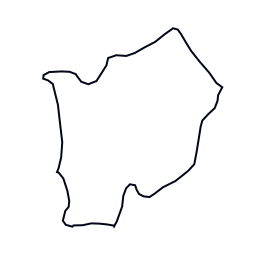 Konče, Robinson projection, rotated 96°
{"feature_id": "MKD-2932", "entity_name": "Konče", "entity_type": "Statistical Region", "adm_level": 1, "iso_a3": "MKD", "parent_name": "North Macedonia", "parent_adm1": "", "projection": "robinson", "projection_center": [22.386, 41.511], "detail": "fine", "context": "isolated", "style": "outline", "palette": "ink", "viewbox_px": 256, "rotation_deg": 96, "n_neighbors": 0, "source": "natural_earth", "source_scale": "10m", "svg_char_len": 1052}
<svg xmlns="http://www.w3.org/2000/svg" viewBox="0 0 256 256"><g transform="rotate(96 128 128)"><path d="M58.1,149.9L56.9,147.4L56.5,137.2L52.6,128.9L46.6,120.7L39.6,110.1L30.5,100.9L25.1,94.7L24.1,93.6L24.9,88.8L29.3,84.9L37.2,79.1L44.7,73.3L54.6,63.6L64.5,53.0L74.0,44.8L77.6,38.5L86.0,41.8L91.5,41.8L99.1,43.8L105.8,49.6L112.9,54.9L119.2,55.9L129.1,56.4L145.3,57.3L157.1,58.3L164.3,63.6L175.7,75.2L183.2,86.9L190.9,95.1L194.4,99.4L194.4,105.2L192.5,110.1L188.5,113.0L184.2,114.9L183.8,120.2L188.2,123.6L196.1,125.6L206.7,125.6L222.1,129.4L227.4,131.6L226.5,132.3L226.1,138.6L226.1,146.4L226.7,154.6L229.4,162.8L230.6,172.0L231.9,173.0L230.8,179.8L226.9,183.1L217.0,181.7L212.7,178.8L206.8,178.8L196.9,181.7L185.0,187.0L179.5,192.4L179.3,194.0L175.1,192.8L164.0,191.4L149.0,191.9L127.7,196.7L112.3,200.1L92.1,207.4L88.9,212.7L87.8,217.5L84.2,217.5L83.1,215.8L80.6,212.2L78.7,200.1L78.2,191.9L79.9,185.6L82.2,183.7L86.9,179.3L88.6,172.0L84.6,164.3L77.9,160.9L68.0,156.0L60.5,155.1L58.1,149.9Z" fill="none" stroke="#020617" stroke-width="2"/></g></svg>